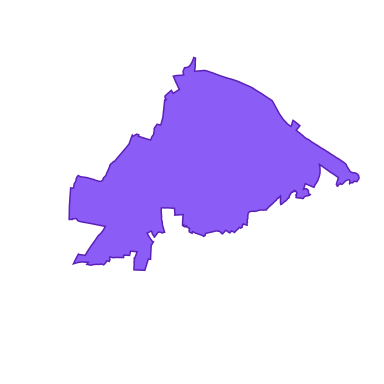 Ruginoasa, Iasi, Romania (orthographic projection), rotated 229°
{"feature_id": "2599482B22371739748147", "entity_name": "Ruginoasa", "entity_type": "district", "adm_level": 2, "iso_a3": "ROU", "parent_name": "Romania", "parent_adm1": "Iasi", "projection": "orthographic", "projection_center": [26.835, 47.264], "detail": "fine", "context": "isolated", "style": "filled", "palette": "violet", "viewbox_px": 384, "rotation_deg": 229, "n_neighbors": 0, "source": "geoboundaries", "source_scale": "gbopen_adm2", "svg_char_len": 6032}
<svg xmlns="http://www.w3.org/2000/svg" viewBox="0 0 384 384"><g transform="rotate(229 192 192)"><path d="M114.1,271.9L114.7,273.4L114.2,275.3L113.9,276.0L113.1,276.8L112.9,277.5L112.4,278.8L112.4,279.2L112.5,279.6L113.1,279.2L114.0,279.0L114.4,279.2L116.6,280.6L117.9,280.9L119.4,280.4L119.9,280.0L120.2,279.5L120.9,277.9L123.9,283.0L115.5,287.1L116.2,288.4L116.8,290.1L117.3,291.9L117.8,293.6L118.2,294.6L120.6,298.8L122.3,301.0L123.7,302.3L126.2,304.4L128.4,305.8L129.2,306.2L126.9,306.9L126.7,306.8L126.4,307.0L115.5,309.6L114.0,310.1L111.5,310.8L106.8,311.9L104.0,307.4L103.2,306.1L103.0,305.9L101.7,305.8L101.5,305.5L101.0,305.4L100.8,305.8L101.2,307.0L101.1,309.6L99.9,309.6L99.6,310.0L99.3,310.6L99.3,311.1L99.4,312.2L99.6,315.1L99.2,317.0L99.0,317.5L98.5,318.2L98.0,318.6L96.9,318.6L96.4,318.1L95.4,317.0L95.1,316.4L94.9,316.3L94.9,317.6L94.6,318.1L93.8,318.9L93.5,319.4L93.5,319.9L93.6,320.4L93.9,321.2L91.6,323.3L92.1,324.7L92.4,326.4L93.4,327.6L95.3,328.6L96.8,328.6L98.5,328.2L99.9,327.2L100.9,326.2L102.0,325.4L103.2,324.9L105.0,325.0L109.4,325.7L111.7,326.4L114.3,326.1L120.6,324.5L123.0,323.6L126.8,322.6L129.9,321.6L132.9,320.9L133.1,320.7L139.1,319.0L139.4,318.7L145.3,317.1L149.3,315.8L152.6,314.9L155.7,314.2L156.8,313.5L159.2,312.9L161.6,312.7L169.6,311.2L170.2,311.1L171.2,316.9L174.6,316.4L178.6,315.6L179.8,315.3L178.9,313.6L176.6,310.3L176.6,309.7L181.0,308.6L182.0,308.7L186.6,308.5L193.4,309.2L207.6,312.3L208.5,312.4L216.6,310.1L219.9,309.3L228.2,306.6L228.3,306.7L231.1,305.9L234.7,304.3L241.2,301.2L243.9,300.0L246.2,298.8L250.3,296.4L255.3,293.1L260.8,289.8L265.9,287.0L266.3,286.9L274.0,282.4L275.7,281.0L280.1,274.9L281.5,273.2L284.3,276.5L289.1,280.8L290.7,282.5L292.4,281.5L291.7,280.6L290.8,278.9L289.7,276.6L288.8,273.5L288.8,270.9L290.7,267.9L288.9,264.3L288.4,263.9L285.7,262.4L290.0,256.8L291.7,253.9L290.5,253.5L285.3,251.8L282.9,251.2L281.1,250.6L277.7,249.8L278.8,242.5L282.3,243.1L282.2,234.9L281.2,233.7L278.5,233.1L279.4,231.8L274.8,226.9L268.3,219.9L267.4,218.9L263.1,212.4L266.1,210.0L265.7,208.9L265.4,207.3L264.8,205.2L263.0,203.6L260.7,200.8L260.5,200.4L260.2,198.7L259.7,197.2L258.3,195.0L260.6,193.4L269.4,188.0L270.0,189.4L271.9,188.3L272.8,184.0L274.1,184.2L271.6,179.6L269.8,176.5L269.5,175.7L268.8,171.9L266.0,153.6L266.5,152.7L266.3,150.6L266.5,149.6L266.1,147.4L265.5,147.2L262.5,140.7L260.9,137.6L260.7,134.4L260.3,133.5L259.8,133.3L259.5,132.4L259.9,130.1L260.3,129.5L264.8,126.4L265.4,126.4L266.9,125.3L271.9,122.1L275.6,118.8L276.7,117.9L279.1,116.9L278.9,115.5L278.3,113.9L278.1,113.4L277.0,112.4L276.2,110.9L275.6,108.8L275.2,108.1L273.5,106.2L272.9,105.2L272.8,104.9L274.7,103.1L262.2,90.6L251.9,81.3L249.9,83.6L250.1,83.8L250.1,84.3L249.6,84.9L249.4,85.0L248.2,87.1L246.3,87.1L245.5,87.0L244.2,87.5L241.3,89.5L236.6,93.4L222.9,104.0L221.2,99.3L220.6,95.8L220.5,95.1L220.6,93.9L220.6,93.2L220.1,90.9L219.3,88.1L217.6,80.8L216.5,76.8L215.5,73.5L214.3,69.8L214.6,69.5L216.3,68.0L217.0,67.5L218.3,66.3L219.1,65.7L219.7,65.5L217.6,60.1L215.6,55.4L214.1,58.7L213.2,60.4L211.8,62.5L210.9,63.6L208.6,65.8L207.0,67.6L206.4,65.1L203.1,67.7L201.4,70.7L199.3,73.4L198.4,74.2L196.7,76.8L195.6,77.1L195.0,77.6L195.0,78.8L195.2,80.3L195.9,82.7L193.9,83.9L194.9,85.9L195.4,86.0L196.1,86.5L196.9,87.5L194.1,89.4L193.8,89.8L192.6,91.6L187.4,97.3L189.1,99.1L185.1,103.3L187.7,106.8L183.2,111.1L182.9,111.4L179.7,105.5L180.0,105.1L177.4,102.7L177.0,102.4L177.0,102.2L174.7,100.4L173.8,99.3L171.3,97.1L163.9,105.0L164.6,106.3L169.9,114.8L170.0,115.0L168.4,116.6L170.4,118.4L178.2,125.9L178.4,126.1L179.7,130.2L180.8,129.7L182.2,129.8L185.7,130.1L190.4,131.2L189.2,135.7L188.4,135.6L186.5,134.6L185.0,134.4L184.4,134.3L183.5,134.3L182.2,133.7L182.5,134.1L183.0,135.8L183.3,137.8L183.8,139.2L183.8,139.9L183.5,140.6L182.9,141.3L182.3,141.8L180.7,142.6L180.3,143.0L180.2,143.6L180.2,144.1L179.6,144.9L185.9,147.8L187.6,148.8L187.7,149.0L189.6,150.3L190.5,150.6L191.5,151.1L192.1,151.8L193.6,153.1L197.5,156.0L200.1,158.3L199.7,159.0L197.6,161.3L196.4,162.8L195.2,164.1L192.9,166.3L191.3,168.1L186.8,164.9L186.5,164.9L186.4,164.7L186.5,164.5L185.9,163.8L180.7,170.5L179.4,169.0L173.2,163.0L172.5,163.1L172.5,164.1L171.5,163.2L170.2,163.9L170.2,164.3L170.4,164.9L170.3,165.2L170.2,165.5L169.3,165.0L166.0,166.3L164.9,164.5L163.5,163.8L160.8,165.0L161.6,166.6L158.8,167.6L152.2,171.5L151.9,171.4L151.3,172.0L150.9,171.7L150.8,171.9L150.8,172.3L150.7,173.3L150.7,173.6L151.2,174.3L151.6,174.5L151.6,175.6L147.5,183.2L147.0,184.5L146.7,184.9L146.1,185.3L144.3,186.9L143.5,187.1L142.1,187.2L141.0,187.2L140.4,187.6L140.3,188.0L140.6,188.7L140.6,190.5L141.1,191.6L141.1,192.0L140.3,192.4L140.3,192.6L137.6,193.2L136.6,193.6L136.3,193.8L136.3,194.0L136.4,194.7L136.8,195.8L136.8,196.2L136.1,196.4L135.5,196.9L133.6,197.5L133.9,200.6L133.9,203.0L134.3,204.4L134.0,204.6L132.9,204.9L132.8,205.1L132.5,206.4L132.5,206.8L132.7,207.1L133.2,207.4L133.5,208.0L134.3,209.0L133.9,209.4L134.1,209.8L130.8,211.8L131.6,212.4L132.0,212.5L132.7,213.9L133.3,214.4L133.8,214.6L134.9,215.3L135.1,216.4L137.7,218.8L139.0,220.3L139.4,221.6L139.3,222.5L138.4,224.3L137.3,225.6L136.5,226.2L135.6,227.8L135.2,228.3L135.1,228.7L133.5,231.9L131.5,234.0L130.9,234.9L129.7,236.3L130.1,236.6L130.0,238.1L130.3,240.1L130.3,245.0L130.6,248.5L130.5,250.2L130.9,251.6L131.2,252.4L130.7,252.8L130.7,253.6L130.8,254.5L130.9,255.1L130.9,256.2L126.3,252.1L125.5,251.4L124.3,250.8L124.0,251.5L124.0,254.8L124.1,255.3L123.7,257.3L123.8,257.8L124.0,258.6L123.9,258.9L124.2,259.9L124.1,260.4L124.2,260.8L124.0,261.1L124.1,261.7L125.5,263.4L125.4,263.8L125.5,264.4L126.0,265.0L126.0,265.7L126.4,267.0L126.4,267.3L126.0,267.4L125.8,267.7L125.7,267.9L126.2,268.8L126.2,269.3L126.2,270.1L126.0,270.4L125.6,270.5L125.1,270.0L125.0,269.9L124.6,270.3L124.5,270.7L124.1,270.9L123.3,270.9L122.9,270.8L122.7,270.7L122.0,269.7L121.6,269.6L121.5,269.2L121.6,268.3L120.4,268.2L120.1,268.0L120.0,267.4L119.6,266.9L119.4,267.0L116.7,269.3L116.5,269.7L116.2,270.1L114.6,271.0L114.1,271.9Z" fill="#8b5cf6" stroke="#5b21b6" stroke-width="1.5"/></g></svg>